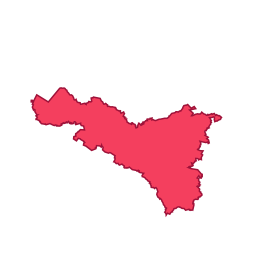 the district of San Benito Abad, Sucre, Colombia, rotated 120°
{"feature_id": "7082276B25365830428844", "entity_name": "San Benito Abad", "entity_type": "district", "adm_level": 2, "iso_a3": "COL", "parent_name": "Colombia", "parent_adm1": "Sucre", "projection": "robinson", "projection_center": [-74.976, 8.778], "detail": "fine", "context": "isolated", "style": "filled", "palette": "rose", "viewbox_px": 256, "rotation_deg": 120, "n_neighbors": 0, "source": "geoboundaries", "source_scale": "gbopen_adm2", "svg_char_len": 5834}
<svg xmlns="http://www.w3.org/2000/svg" viewBox="0 0 256 256"><g transform="rotate(120 128 128)"><path d="M166.7,30.9L161.8,32.4L160.6,33.2L161.2,33.9L160.5,34.4L159.2,34.4L159.2,34.7L157.8,35.0L156.1,34.1L154.9,31.8L154.0,31.7L153.0,32.6L152.5,32.3L151.8,31.2L151.2,31.4L150.3,30.7L149.1,30.4L148.2,31.1L147.8,32.6L147.1,33.0L147.3,33.9L147.0,34.6L145.1,35.4L144.0,39.0L143.4,38.6L143.3,37.6L142.9,37.3L142.4,37.0L141.9,37.5L141.2,37.1L141.0,38.8L139.9,38.4L139.0,38.7L139.0,39.3L138.1,40.6L136.5,41.4L136.7,43.1L133.9,42.8L134.9,41.3L134.6,40.6L135.1,40.4L134.8,39.6L133.0,40.3L132.9,39.5L131.0,40.6L131.2,41.5L129.3,46.8L131.7,53.1L132.0,55.6L131.5,55.0L131.0,55.8L130.1,55.0L130.7,54.4L130.2,54.4L129.3,53.5L129.0,53.8L128.6,53.6L128.0,52.9L127.1,53.8L127.4,54.4L126.5,55.4L126.4,53.8L123.8,53.2L123.5,53.6L122.3,52.5L121.7,53.3L120.5,54.1L119.8,52.8L119.6,51.0L120.1,50.8L119.0,50.0L118.7,48.6L116.9,49.8L114.0,49.9L113.8,51.6L110.3,51.6L111.5,54.0L112.0,57.6L111.5,56.8L109.9,56.3L108.7,56.5L108.1,56.1L107.9,56.3L108.3,56.6L106.7,57.0L106.1,56.6L104.6,57.5L103.5,59.0L101.7,53.3L100.4,52.1L101.3,50.8L100.3,50.2L98.1,52.3L97.9,54.5L95.9,53.9L95.8,57.7L94.6,57.3L93.0,59.6L91.6,59.8L91.0,58.9L90.0,59.3L89.2,58.9L88.6,59.5L88.1,59.1L87.9,58.2L87.3,57.8L87.1,58.6L84.3,58.6L83.3,58.3L82.1,59.0L81.5,58.6L80.8,59.9L80.0,59.5L78.3,62.6L77.2,60.8L75.3,59.2L76.1,58.1L77.6,57.5L79.1,56.0L77.9,55.1L77.5,54.3L75.7,53.5L74.7,52.5L73.6,52.2L72.8,52.5L72.1,52.3L71.7,53.9L71.7,55.4L72.2,55.8L72.2,58.0L73.3,58.3L72.3,60.6L74.1,61.9L73.7,62.6L76.6,64.8L76.3,65.6L77.5,65.8L77.8,66.5L77.5,67.5L77.9,69.6L77.4,72.1L79.4,72.2L80.5,73.5L80.9,74.8L82.5,76.5L85.2,78.4L85.6,79.1L82.6,78.9L81.6,83.7L77.4,79.0L76.3,81.4L79.3,83.2L77.8,88.1L79.3,89.0L79.4,89.5L80.7,90.8L82.7,90.8L83.4,90.5L86.9,90.8L87.0,91.3L87.8,92.0L88.8,92.2L89.9,94.6L91.3,95.0L93.5,97.4L97.7,98.1L97.6,98.3L98.2,98.2L100.0,98.9L101.4,101.3L104.2,104.4L104.9,105.5L107.7,107.7L108.2,109.1L108.2,110.7L108.9,111.2L108.4,111.4L108.2,112.0L107.4,112.2L108.5,113.5L108.7,113.1L109.4,113.5L110.7,115.9L111.1,115.9L111.9,114.9L112.8,116.3L114.7,116.8L115.3,118.0L116.0,117.8L117.4,118.3L117.0,117.1L116.4,117.0L116.2,116.6L116.4,116.4L119.2,118.1L118.3,121.0L118.5,121.2L118.9,120.9L120.5,120.9L122.7,120.1L123.9,121.1L122.8,122.4L122.6,122.1L122.0,122.5L121.4,123.9L121.7,125.0L121.3,126.9L121.7,127.3L122.6,126.6L123.2,126.8L123.0,128.6L123.5,129.0L123.6,129.6L123.3,130.5L123.4,131.7L122.6,132.3L121.8,133.5L120.9,133.7L121.5,135.1L120.7,136.4L120.1,135.9L120.2,138.0L117.3,138.3L117.3,138.5L116.3,139.8L118.7,141.4L118.0,142.5L116.9,143.1L117.0,143.6L117.5,143.7L117.7,144.4L117.9,147.4L116.8,148.3L117.0,149.3L116.6,149.4L117.6,152.5L118.3,153.2L118.8,155.6L119.5,156.4L119.3,156.8L118.2,157.3L118.3,158.3L117.9,159.3L117.9,159.7L119.1,160.3L119.4,161.1L118.0,163.2L118.0,164.5L116.3,166.9L118.5,173.4L119.5,173.5L119.5,173.9L120.5,174.9L123.0,172.8L123.8,173.1L124.2,173.7L124.6,175.2L126.0,175.2L127.6,176.6L128.5,176.0L128.6,176.9L128.2,177.8L131.1,180.8L131.0,181.2L130.0,182.1L130.9,184.1L130.8,185.3L129.3,187.2L129.7,187.2L130.4,188.3L130.4,188.9L129.3,189.9L127.8,192.1L127.6,193.5L128.3,194.6L128.3,195.3L127.4,197.0L127.0,198.7L125.9,199.8L125.9,201.1L125.3,202.3L125.3,203.2L126.5,204.9L126.7,206.0L127.7,207.0L145.3,210.0L144.9,223.6L152.0,223.2L151.9,224.9L152.4,225.6L153.8,224.9L153.0,222.9L155.2,222.7L155.0,222.1L155.2,221.6L157.7,221.3L159.6,218.9L158.9,218.8L158.8,217.7L160.4,216.8L162.2,213.4L162.0,213.0L163.5,213.8L163.8,213.2L163.6,212.7L164.4,211.7L165.5,212.1L165.8,211.7L166.4,212.1L166.6,211.8L166.1,211.4L166.1,209.2L165.9,208.8L166.2,207.7L166.4,207.9L166.8,207.3L167.5,205.1L166.3,201.9L165.9,201.7L166.2,200.7L163.2,197.8L162.9,193.9L162.6,192.9L161.8,192.5L161.3,190.9L161.9,190.8L160.4,188.0L158.6,186.8L158.2,186.8L158.0,187.8L155.6,186.3L156.1,185.8L154.6,184.3L154.3,184.7L153.5,184.2L153.8,183.2L152.1,182.8L152.5,181.9L152.4,181.2L153.2,181.0L152.9,179.5L151.9,180.0L151.8,178.8L152.0,178.9L152.1,178.2L151.3,177.5L149.4,177.6L149.1,176.9L149.5,175.7L150.1,175.3L150.7,175.7L151.2,175.0L147.6,171.4L148.4,171.0L149.2,169.7L148.5,167.4L151.4,164.7L153.2,168.4L153.6,168.5L156.1,169.1L156.1,169.4L158.3,169.9L158.9,170.4L159.1,170.1L160.2,170.0L161.1,169.1L162.5,170.6L164.7,169.7L164.9,166.2L161.8,165.9L161.3,163.8L161.6,163.2L161.6,159.6L161.9,159.5L162.1,158.3L163.2,158.7L165.1,158.0L164.7,155.3L165.6,148.3L162.2,145.6L161.5,146.2L161.2,145.6L159.0,146.4L157.6,143.5L157.9,141.7L156.1,142.2L156.9,141.3L157.0,140.3L157.3,139.8L159.6,139.1L160.3,136.0L159.5,132.3L158.4,131.5L158.2,130.8L158.5,125.3L160.0,125.1L160.7,124.7L160.5,124.1L161.7,123.5L164.4,123.4L164.1,122.5L164.7,120.4L163.6,118.8L164.3,117.7L164.4,116.9L162.3,115.2L162.8,112.9L162.7,112.3L163.1,112.0L164.0,111.9L164.3,111.4L164.2,110.6L163.4,109.7L163.3,108.9L162.8,108.8L162.5,108.0L161.2,107.3L161.9,103.5L160.7,100.0L160.6,99.1L160.8,98.7L160.0,98.3L160.3,97.7L159.5,97.8L159.5,96.8L160.4,96.6L160.6,96.1L160.6,95.1L160.0,94.3L159.9,93.0L159.4,91.8L162.1,92.1L163.0,91.3L162.6,90.0L162.7,88.0L163.3,86.8L163.3,85.4L163.9,84.4L163.6,82.3L163.8,82.0L165.0,82.0L164.9,80.6L165.8,80.3L166.4,79.0L167.6,78.5L167.6,77.5L166.8,76.2L167.1,74.7L166.2,74.6L165.6,74.0L166.2,72.6L168.3,70.2L169.8,70.3L171.2,69.8L172.9,67.6L172.9,66.4L173.7,64.9L172.9,64.6L173.7,62.6L174.3,62.2L175.3,60.3L176.7,58.9L177.0,57.5L178.2,56.2L178.1,54.6L178.8,54.4L179.7,55.0L180.4,54.2L181.9,53.9L182.5,54.1L183.2,52.2L184.3,51.4L182.1,51.3L181.7,48.7L180.2,48.7L179.0,48.3L178.4,47.6L177.9,48.1L175.9,47.6L174.9,47.9L174.5,47.6L173.7,46.3L172.0,45.8L170.7,44.5L170.8,43.8L170.5,43.1L170.6,41.1L169.7,39.2L170.4,37.0L168.0,34.7L167.8,34.2L168.3,34.1L168.3,33.6L168.0,33.6L168.0,32.9L167.8,32.9L167.5,32.0L166.7,31.3L166.7,30.9Z" fill="#f43f5e" stroke="#9f1239" stroke-width="1.5"/></g></svg>